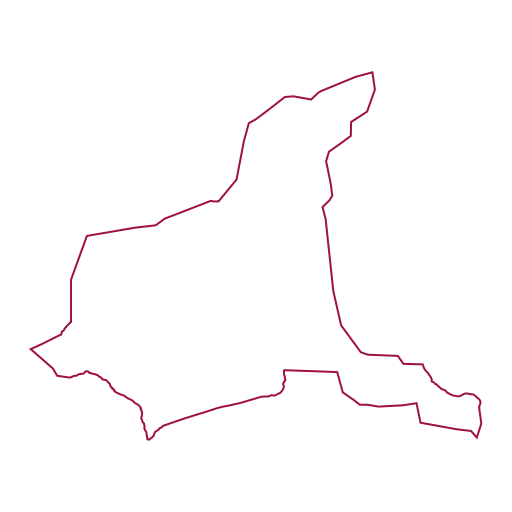 the district of Bogd, Bayanhongor, Mongolia
{"feature_id": "93677404B1716064245788", "entity_name": "Bogd", "entity_type": "district", "adm_level": 2, "iso_a3": "MNG", "parent_name": "Mongolia", "parent_adm1": "Bayanhongor", "projection": "natural_earth1", "projection_center": [100.876, 45.209], "detail": "fine", "context": "isolated", "style": "outline", "palette": "rose", "viewbox_px": 512, "rotation_deg": 0, "n_neighbors": 0, "source": "geoboundaries", "source_scale": "gbopen_adm2", "svg_char_len": 3855}
<svg xmlns="http://www.w3.org/2000/svg" viewBox="0 0 512 512"><path d="M367.1,111.6L374.9,89.6L372.4,72.3L355.7,76.8L322.1,90.6L318.4,92.6L311.1,99.5L293.4,96.3L284.9,97.0L267.7,110.4L255.5,119.5L248.8,123.2L243.9,141.2L236.5,179.6L218.9,201.0L218.6,201.2L218.5,201.3L218.2,201.1L217.8,201.2L217.4,201.4L216.7,201.5L215.7,201.4L214.8,201.4L213.7,201.5L212.9,201.3L211.9,201.0L211.3,201.0L210.7,201.0L209.6,201.3L164.6,218.7L155.7,225.3L134.8,227.7L86.9,235.9L71.0,279.8L71.0,296.3L71.0,322.0L69.6,323.0L68.3,324.6L66.9,325.8L66.4,326.7L65.1,327.9L64.4,329.2L63.7,330.5L61.8,331.7L61.6,332.2L61.5,333.9L61.2,334.5L54.7,337.6L42.2,343.9L30.7,349.1L53.0,368.6L57.2,375.8L69.9,377.6L74.4,375.8L76.5,375.7L78.2,374.6L79.2,374.1L80.3,374.1L81.4,373.7L82.6,373.8L84.1,373.2L84.8,372.3L85.6,371.4L86.8,371.2L87.9,371.6L88.7,371.8L89.2,372.2L89.3,372.9L89.7,373.1L90.6,373.2L91.7,373.3L92.6,373.7L95.4,374.3L97.1,375.0L98.2,375.6L99.0,376.6L100.0,376.9L101.3,377.7L101.8,378.5L102.5,379.4L103.5,379.6L104.6,379.8L106.0,380.1L106.8,380.6L107.4,381.5L108.2,382.2L108.7,382.9L109.9,384.0L110.0,384.5L110.2,385.4L110.4,385.7L110.6,386.6L110.9,387.0L111.9,387.4L112.2,387.8L112.2,388.6L112.6,388.9L113.1,389.1L113.4,389.5L114.1,389.6L114.2,390.1L114.1,390.7L114.4,390.9L115.2,391.9L115.8,392.0L116.3,392.5L118.2,393.3L119.7,394.1L121.0,394.6L122.1,394.9L123.6,395.4L127.8,398.3L131.2,399.8L132.2,400.6L132.7,400.7L134.9,403.0L136.3,403.8L137.3,404.2L137.8,404.8L138.6,405.2L139.0,405.7L139.9,406.6L140.6,407.4L140.5,408.2L141.0,408.6L140.9,409.2L141.2,409.7L141.1,410.1L141.7,411.2L142.1,412.1L142.2,413.1L141.9,414.0L141.9,414.9L142.0,415.9L141.7,416.4L141.3,417.6L141.2,418.7L141.7,419.3L142.2,420.2L142.5,421.9L143.1,422.7L144.0,423.4L144.1,424.5L144.5,425.5L144.4,426.6L144.6,427.5L144.3,428.4L145.2,430.6L145.9,431.2L146.2,431.9L146.5,432.7L146.6,434.6L147.0,435.5L146.8,436.3L147.0,437.2L147.4,437.7L147.5,438.3L147.3,438.8L147.4,439.2L149.0,439.7L151.7,437.7L153.2,436.3L153.7,435.4L153.8,435.2L154.2,434.1L154.6,433.0L155.1,432.0L155.9,431.3L158.5,429.8L159.0,428.8L159.5,428.3L161.4,427.5L163.2,425.8L164.8,425.2L186.2,417.9L205.3,412.0L217.0,408.2L222.7,406.7L227.7,405.8L240.2,403.0L261.5,396.7L264.5,396.5L267.1,396.5L269.5,396.2L271.1,395.2L272.0,395.2L274.3,395.6L275.6,395.2L277.8,393.8L279.9,393.1L280.9,392.2L282.1,390.8L283.2,388.7L283.8,387.1L283.9,385.9L283.2,384.6L283.2,383.4L283.5,382.7L284.1,382.4L284.2,381.6L284.7,381.0L285.5,380.0L285.3,379.5L284.9,378.8L285.1,378.3L284.8,377.1L284.3,375.3L283.9,372.7L283.9,370.9L284.3,370.2L310.7,371.1L337.2,372.1L342.8,392.4L353.4,399.7L359.8,404.7L368.0,404.8L378.4,406.6L403.0,405.3L416.5,403.2L420.5,422.7L456.9,429.3L471.1,431.0L476.8,437.6L481.3,423.6L479.1,407.2L479.6,405.4L480.3,403.7L480.4,402.1L480.3,401.4L480.0,400.5L479.3,399.5L478.3,398.5L477.0,397.5L475.8,396.3L474.5,395.3L473.8,394.7L473.0,394.4L471.8,394.3L470.0,394.1L468.5,393.7L467.4,393.5L466.4,393.5L465.4,393.5L464.4,393.7L463.5,394.2L462.7,394.6L461.9,395.1L461.1,395.6L460.5,395.8L459.8,396.0L459.2,396.2L458.3,396.3L457.3,396.3L456.3,396.1L455.1,395.8L453.5,395.6L451.8,395.0L450.4,394.4L449.2,393.7L448.4,393.2L446.9,392.4L445.9,391.0L445.0,390.3L444.0,389.8L442.9,389.5L441.4,389.1L440.8,388.2L440.1,387.7L439.3,387.2L438.9,386.6L438.4,386.1L437.7,385.8L437.4,385.4L437.0,384.7L436.5,384.3L435.7,384.2L434.9,383.7L434.5,383.0L434.0,382.6L433.5,382.1L432.9,381.9L432.0,381.6L431.5,381.1L431.6,380.3L431.8,379.4L431.3,378.4L431.1,377.7L430.3,376.4L429.5,375.3L428.9,374.6L428.2,373.3L426.6,371.6L425.3,370.2L424.5,369.0L423.7,367.3L423.2,365.8L422.7,364.4L403.4,363.8L397.8,355.9L367.6,354.7L360.8,352.2L341.1,325.3L333.3,291.0L325.6,218.8L322.5,207.0L329.1,200.7L332.2,195.9L331.1,186.3L329.8,179.2L326.1,161.1L329.0,151.7L340.8,143.3L350.8,135.9L351.1,122.0L367.1,111.6Z" fill="none" stroke="#9f1239" stroke-width="2"/></svg>